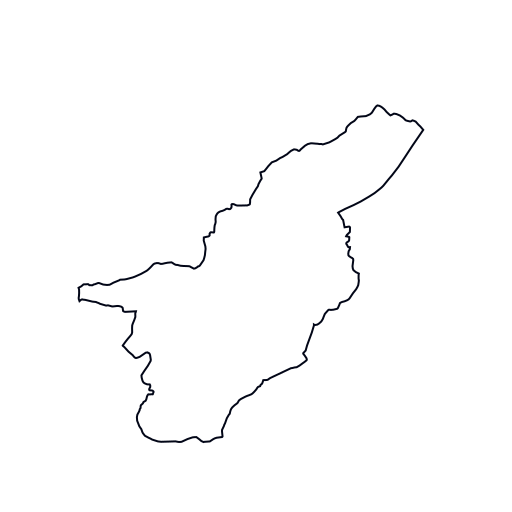 outline of Hoa Binh, Hòa Bình, Vietnam, rotated 43°
{"feature_id": "81297802B29311833142389", "entity_name": "Hoa Binh", "entity_type": "district", "adm_level": 2, "iso_a3": "VNM", "parent_name": "Vietnam", "parent_adm1": "Hòa Bình", "projection": "natural_earth1", "projection_center": [105.327, 20.842], "detail": "fine", "context": "isolated", "style": "outline", "palette": "ink", "viewbox_px": 512, "rotation_deg": 43, "n_neighbors": 0, "source": "geoboundaries", "source_scale": "gbopen_adm2", "svg_char_len": 6125}
<svg xmlns="http://www.w3.org/2000/svg" viewBox="0 0 512 512"><g transform="rotate(43 256 256)"><path d="M344.6,427.8L344.9,427.2L348.7,423.1L349.6,419.2L350.2,417.5L350.7,416.6L351.2,415.7L354.6,411.6L354.7,411.3L354.6,410.9L354.5,410.7L350.8,407.5L349.8,406.4L348.4,402.0L347.8,400.9L347.6,399.8L345.3,394.5L344.4,390.5L344.4,389.3L343.3,387.5L342.6,386.1L342.1,384.6L341.9,382.9L342.1,379.8L342.6,377.1L342.7,375.9L342.1,373.5L342.1,372.9L342.5,370.8L344.2,366.0L345.0,364.2L345.8,362.7L346.9,360.3L347.2,358.9L347.3,356.4L347.2,353.4L346.8,351.3L346.8,350.4L347.3,349.3L347.8,348.4L347.3,347.3L347.3,346.7L347.5,345.5L347.3,344.6L346.0,341.8L348.4,339.4L349.0,338.5L349.4,336.4L349.7,335.3L358.1,314.2L359.0,313.1L360.3,311.1L361.6,309.6L362.6,306.3L363.3,302.5L363.7,300.6L364.1,297.8L364.0,297.5L363.6,296.9L362.5,296.3L359.5,295.6L357.4,295.3L356.9,295.0L356.8,294.8L356.8,291.6L356.8,291.3L354.4,286.7L352.7,282.7L349.0,273.9L345.7,267.2L345.1,266.6L346.1,266.4L347.6,264.4L348.1,262.6L348.4,259.7L348.3,258.7L347.8,256.4L347.1,254.7L345.9,251.6L345.8,250.4L345.7,246.3L346.0,245.5L347.6,244.3L349.2,242.5L350.6,240.4L351.4,239.1L351.4,238.3L350.3,235.0L349.5,233.2L349.8,232.1L350.3,230.9L351.7,228.7L352.8,226.3L353.3,224.6L353.3,223.1L352.3,217.1L351.9,212.1L351.4,209.9L350.7,207.7L348.6,204.6L348.2,204.2L347.7,203.5L346.8,202.9L346.0,202.1L344.0,199.9L343.2,198.7L340.0,199.7L336.9,199.9L335.3,199.1L333.5,197.6L330.0,192.7L329.0,191.9L327.7,191.9L326.3,192.3L324.2,192.6L323.2,192.5L321.9,191.4L320.5,189.3L320.0,187.1L318.7,185.4L317.6,186.5L317.2,186.5L316.9,186.5L315.0,185.8L314.2,185.7L313.8,185.5L313.3,185.1L313.2,184.6L313.2,183.8L313.6,182.5L313.6,181.5L313.5,181.2L313.1,180.6L311.4,178.6L310.9,178.6L308.5,180.1L308.2,179.2L308.1,178.5L308.3,174.5L308.1,174.2L305.4,171.1L305.0,170.9L304.6,170.8L304.0,171.0L301.2,174.6L295.1,170.2L293.9,170.2L290.7,169.2L286.5,168.3L286.8,167.2L289.1,160.7L292.7,152.1L295.4,144.8L298.2,135.4L299.8,129.2L300.8,122.6L301.1,120.3L301.2,117.8L300.6,108.9L300.4,104.1L299.4,93.6L297.5,82.2L295.1,68.2L292.3,49.7L287.9,49.2L285.2,49.2L281.1,48.8L279.1,49.5L277.9,50.1L277.5,51.7L277.0,52.5L274.4,54.0L272.8,54.7L271.3,54.6L269.0,54.6L265.4,55.1L261.9,56.4L259.8,57.8L259.1,59.9L258.4,61.5L256.9,61.6L253.3,61.6L250.0,61.2L247.2,61.3L245.3,61.6L243.7,62.1L242.1,63.1L241.8,64.7L242.1,67.5L242.9,71.6L243.0,72.5L242.7,74.7L241.0,78.7L237.5,82.5L235.6,84.8L235.8,88.2L235.8,90.2L234.7,94.1L234.5,97.4L234.5,99.2L234.8,100.6L235.6,102.0L236.6,103.5L236.7,104.3L234.9,111.1L234.9,113.9L234.2,116.6L232.6,121.5L232.0,123.1L228.8,128.8L227.4,129.5L226.0,130.9L224.6,131.8L222.9,133.2L220.7,134.9L219.3,136.1L217.5,138.9L216.6,142.0L216.0,147.6L216.1,148.6L216.0,149.5L215.7,149.9L214.8,150.3L213.4,150.5L211.4,151.8L211.0,152.2L209.9,155.2L209.6,157.3L209.3,160.5L208.8,162.1L208.1,164.7L207.5,166.4L206.9,167.7L205.8,172.4L203.7,176.7L203.7,181.8L204.0,185.2L204.2,188.3L202.2,191.9L207.1,195.3L207.4,195.6L207.8,198.0L208.8,201.7L209.8,203.7L210.3,207.0L211.7,213.6L213.0,218.3L213.2,218.7L215.1,220.8L215.4,221.3L216.0,222.0L216.2,222.5L216.0,223.2L215.0,225.1L213.8,226.2L209.5,230.4L208.1,231.7L207.0,232.4L204.3,233.3L203.1,234.3L203.0,235.1L204.3,236.4L205.0,237.4L205.1,238.7L205.0,239.4L204.4,240.1L203.0,240.8L202.1,241.8L201.6,243.8L200.7,245.8L199.5,247.7L198.8,249.7L198.7,251.3L199.0,252.8L199.5,254.4L201.3,256.7L203.3,258.6L204.3,260.3L204.8,261.6L206.0,263.3L207.4,265.0L208.8,266.6L209.1,267.2L209.1,267.6L206.8,269.4L206.6,270.1L206.9,271.4L208.0,272.5L208.1,273.1L208.0,273.7L207.7,274.4L206.8,275.6L205.2,278.0L207.3,280.4L212.4,283.5L214.3,285.2L215.9,287.4L218.1,290.3L219.5,292.8L220.5,294.9L221.4,301.0L221.4,301.8L221.1,302.7L220.7,303.2L220.6,304.3L220.0,306.4L219.2,307.6L215.9,308.5L214.5,308.8L213.3,309.7L209.6,312.9L207.3,314.7L204.8,316.0L203.6,317.0L202.4,317.5L200.5,317.9L200.0,317.9L198.5,318.3L196.0,321.1L194.1,323.7L193.0,325.4L191.8,326.7L189.6,327.7L188.3,328.8L187.0,330.7L186.6,332.0L186.6,336.0L186.5,338.3L186.3,340.5L186.0,341.8L184.1,347.6L181.6,353.5L180.5,355.7L177.0,361.3L175.8,362.9L172.9,365.9L172.7,366.2L172.6,366.9L171.6,369.1L169.9,372.8L169.1,375.3L168.5,376.9L166.8,378.8L163.7,381.1L160.1,382.6L159.4,383.0L158.8,383.7L157.5,386.4L156.6,387.7L156.4,388.8L156.2,389.1L154.0,391.0L152.7,391.0L152.2,391.3L151.1,392.5L149.2,394.4L148.9,397.3L147.9,400.3L149.5,401.2L151.9,403.7L153.8,406.0L154.9,407.6L155.8,408.4L157.7,409.4L157.9,407.4L158.4,406.3L158.9,406.1L161.1,404.5L167.5,400.9L170.3,398.8L171.5,398.4L173.1,397.7L174.4,397.4L180.2,394.5L181.4,393.0L185.2,391.0L186.0,390.2L188.3,387.5L189.1,386.7L190.2,385.9L191.9,385.0L193.2,384.8L193.9,384.9L196.1,386.7L196.5,386.9L197.5,386.6L198.1,386.3L198.8,385.7L205.9,378.3L206.3,379.0L206.5,379.7L207.0,380.5L208.7,382.2L209.4,383.0L210.7,386.0L212.0,389.5L212.8,391.2L214.6,393.3L217.5,396.3L218.3,397.8L218.4,398.3L218.5,399.4L218.6,400.7L218.7,403.5L219.0,407.4L219.6,412.4L219.8,412.5L221.8,412.4L228.0,412.9L233.5,412.6L235.2,412.9L236.8,412.9L237.8,412.5L238.6,411.3L239.7,409.1L241.3,401.9L242.4,400.5L243.3,400.4L243.4,400.2L244.2,400.0L244.9,400.1L246.1,400.7L249.8,403.6L250.5,404.6L251.8,410.1L252.7,416.3L253.6,421.4L255.3,422.9L257.5,424.3L258.5,424.8L259.9,425.2L261.2,425.1L262.2,424.8L263.9,424.1L264.9,423.3L265.8,422.4L266.8,422.7L267.7,423.6L268.1,424.2L268.4,425.5L268.7,426.3L269.5,426.8L269.9,426.7L271.5,425.4L272.0,425.1L272.4,425.0L273.4,425.0L273.6,425.1L274.0,425.6L274.3,426.5L274.8,427.5L274.6,427.8L273.7,428.5L273.1,429.3L272.7,429.7L271.6,430.6L271.7,432.0L272.2,433.3L273.5,435.6L274.0,437.2L273.3,439.5L273.8,441.0L273.6,443.6L273.9,444.3L275.2,445.9L275.3,446.3L275.4,447.1L275.6,447.6L276.0,448.0L276.6,449.7L277.4,452.9L278.8,455.1L281.4,457.5L283.9,458.7L286.8,460.1L288.5,460.5L290.1,460.8L293.2,462.4L294.1,462.7L297.2,463.2L298.0,463.1L298.9,462.8L301.3,462.2L303.4,461.5L305.2,461.1L310.7,458.5L313.3,456.6L321.0,449.0L323.5,446.5L325.9,445.0L327.2,443.9L328.3,442.6L330.8,436.5L333.3,431.9L334.6,430.4L335.9,429.1L339.6,428.7L342.1,428.6L343.2,428.3L344.6,427.8Z" fill="none" stroke="#020617" stroke-width="2"/></g></svg>